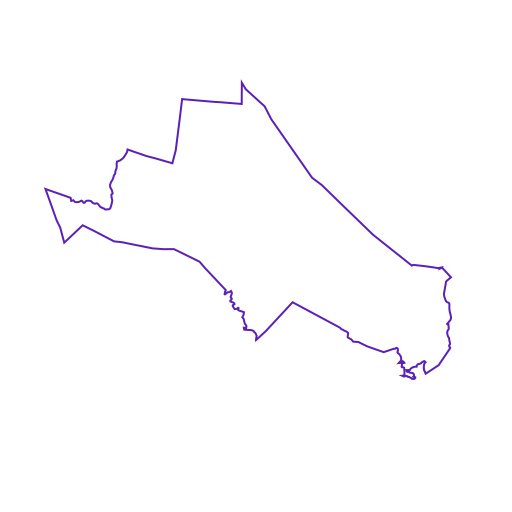 the district of San Ildefonso Amatlán, Oaxaca, Mexico, rotated 158°
{"feature_id": "50627088B2691831673313", "entity_name": "San Ildefonso Amatlán", "entity_type": "district", "adm_level": 2, "iso_a3": "MEX", "parent_name": "Mexico", "parent_adm1": "Oaxaca", "projection": "orthographic", "projection_center": [-96.462, 16.295], "detail": "fine", "context": "isolated", "style": "outline", "palette": "violet", "viewbox_px": 512, "rotation_deg": 158, "n_neighbors": 0, "source": "geoboundaries", "source_scale": "gbopen_adm2", "svg_char_len": 4845}
<svg xmlns="http://www.w3.org/2000/svg" viewBox="0 0 512 512"><g transform="rotate(158 256 256)"><path d="M287.5,178.0L275.0,182.7L239.4,199.4L205.0,158.1L204.2,156.0L203.2,155.3L202.2,153.8L201.1,152.8L200.2,151.7L199.4,150.2L199.9,149.0L200.9,147.5L201.4,146.5L201.4,146.1L200.1,144.4L199.0,143.1L198.3,141.3L198.0,140.2L193.3,137.9L186.7,130.5L173.6,119.0L163.0,118.4L161.7,117.9L160.7,118.2L159.8,118.0L159.4,117.3L159.3,116.7L159.6,115.9L159.9,115.0L160.3,114.7L160.9,113.9L160.8,112.7L160.1,111.7L159.8,110.7L159.5,109.5L159.4,108.4L159.7,106.8L160.1,105.7L160.9,104.8L161.7,104.2L162.4,103.9L163.7,103.3L162.3,102.9L161.4,102.7L160.4,102.9L159.4,103.5L158.8,102.4L158.5,101.4L160.5,101.6L161.3,101.3L161.5,100.2L162.5,98.8L162.2,98.1L161.1,97.6L160.5,96.9L160.9,95.7L161.5,93.6L162.4,91.4L163.2,90.1L163.9,89.8L165.3,90.2L164.1,88.9L163.7,88.7L163.1,88.7L162.8,89.0L162.6,89.0L162.2,89.0L162.0,88.8L161.6,88.5L161.2,88.2L161.0,87.9L160.9,87.9L160.6,87.7L160.7,87.3L160.5,87.1L160.1,86.8L159.5,86.6L159.2,86.4L159.0,86.0L158.6,85.5L158.0,84.9L157.6,84.0L157.3,83.6L156.7,83.3L155.7,82.9L155.1,82.8L154.0,83.3L153.8,83.7L154.1,83.9L154.1,84.4L154.5,84.9L155.2,85.0L155.4,85.2L154.8,85.5L154.4,85.8L154.1,86.3L154.1,86.9L154.0,87.6L154.2,88.2L154.8,88.9L156.5,89.9L157.1,90.2L157.4,90.7L157.6,90.9L157.9,91.2L158.3,91.5L158.8,91.7L159.0,91.9L159.2,92.0L159.3,92.3L159.4,92.8L159.4,93.2L159.3,93.5L159.2,93.7L159.2,93.8L158.9,93.7L158.7,93.7L158.3,93.5L157.2,93.1L157.0,92.9L156.8,92.9L156.6,92.8L156.5,92.7L156.3,92.5L156.2,92.5L155.4,93.3L154.4,93.7L153.2,94.0L151.4,94.0L150.9,94.0L150.1,93.7L149.5,93.7L149.1,93.6L148.6,93.2L148.2,93.7L147.8,94.2L147.1,94.7L146.6,95.0L146.2,95.0L145.8,94.9L145.6,94.9L144.6,94.7L143.3,94.7L143.1,94.7L142.9,95.0L142.6,95.2L141.2,95.4L140.4,95.6L139.9,95.6L139.4,95.5L139.0,95.2L138.9,94.7L138.6,94.0L138.8,93.9L139.0,93.8L139.8,93.5L140.2,93.2L140.4,93.0L140.8,92.3L141.3,91.5L141.9,90.4L142.2,89.7L142.3,89.1L142.6,88.7L142.7,87.8L142.9,87.2L143.0,86.6L142.7,85.9L142.6,85.5L142.8,85.0L142.8,83.3L127.8,86.3L127.5,86.4L110.8,97.6L110.4,97.9L110.3,98.1L110.3,98.4L110.4,98.8L110.7,99.3L110.7,99.6L110.6,100.3L110.4,100.8L109.3,101.4L109.0,102.0L108.8,102.5L108.6,103.6L108.4,105.2L108.2,106.1L107.7,107.5L107.7,107.9L108.0,108.7L108.1,109.3L108.1,109.8L107.9,111.5L107.3,113.6L106.7,114.5L106.2,115.1L105.8,115.4L105.2,115.6L104.7,116.1L104.2,117.3L103.2,120.7L104.0,120.9L104.2,121.2L104.3,121.4L104.2,121.6L103.4,121.8L103.2,121.9L101.5,122.9L99.6,123.9L99.0,124.6L98.4,125.3L97.8,127.3L97.6,128.7L97.5,129.7L97.1,132.4L96.5,134.5L95.9,136.2L95.3,137.4L94.9,138.5L94.6,139.5L94.7,140.1L95.0,140.6L96.0,141.5L96.5,142.4L96.8,143.3L96.7,145.2L96.7,147.0L96.5,148.5L96.1,150.0L95.5,151.2L93.6,154.2L91.6,157.4L89.8,160.4L89.5,160.9L89.0,161.2L88.5,161.5L83.2,163.2L87.5,174.6L87.8,175.4L89.3,175.4L88.4,175.9L91.0,176.4L91.9,176.6L95.6,178.9L95.9,179.1L97.4,179.9L98.3,180.5L98.5,180.6L103.4,183.4L113.6,188.9L115.1,188.7L139.5,231.8L156.7,270.5L168.3,296.9L174.7,307.6L190.6,377.1L191.9,391.5L203.0,414.4L203.6,418.3L204.2,422.0L212.3,402.3L228.2,410.3L231.8,412.1L234.3,413.3L235.7,413.9L264.3,428.4L265.7,429.2L275.2,412.0L290.8,384.1L298.8,373.3L304.4,377.7L311.8,383.5L320.1,389.7L330.0,398.3L335.2,402.9L336.6,400.7L339.6,398.4L342.5,396.5L346.2,395.5L349.5,395.6L350.9,393.3L351.4,391.5L352.4,389.6L353.6,388.4L354.8,386.9L355.7,385.1L357.5,384.0L359.1,381.8L360.8,380.2L362.7,378.8L364.6,376.8L365.4,374.5L365.0,371.1L365.2,369.3L365.5,367.7L367.1,367.1L367.9,364.7L368.4,361.5L369.6,359.4L371.6,356.8L373.3,354.8L375.0,354.4L376.8,355.1L378.0,355.4L378.8,356.1L379.2,357.1L380.1,357.7L380.9,358.7L382.0,359.9L382.1,360.4L382.2,360.7L383.0,363.4L383.4,364.0L384.1,364.6L384.9,364.7L385.6,364.7L386.1,365.1L387.3,366.1L387.9,367.1L388.1,368.3L389.6,369.6L390.7,370.1L391.1,370.3L392.7,370.7L393.7,370.4L394.3,370.0L394.9,369.6L396.0,370.0L396.4,371.2L396.5,372.1L397.2,372.8L398.5,372.6L399.2,372.5L399.6,372.5L400.2,372.5L402.2,373.1L402.6,373.3L403.3,373.7L403.8,374.3L404.1,375.1L404.4,376.1L406.7,376.3L406.1,379.4L426.1,397.0L426.8,379.3L427.5,363.7L426.9,355.6L428.8,340.2L405.2,349.4L397.1,340.3L382.2,322.8L375.3,319.1L349.2,301.9L339.0,296.9L329.5,293.1L310.5,271.9L307.7,263.7L296.8,235.7L298.3,234.2L299.4,232.3L299.1,232.0L296.0,233.0L294.2,232.5L292.3,232.9L292.1,231.1L292.9,229.7L294.7,227.8L294.9,226.8L294.4,225.7L294.9,224.9L296.6,224.2L296.8,223.5L294.7,221.5L293.8,220.2L294.1,219.3L295.9,219.1L296.4,218.4L295.9,215.8L295.6,214.7L293.7,214.2L292.0,214.7L291.7,214.5L291.7,214.2L292.4,213.4L292.7,212.4L292.5,212.1L288.2,208.4L289.5,206.2L291.6,204.4L291.0,202.2L291.8,197.2L291.3,196.5L291.1,194.5L292.1,193.0L294.1,194.1L294.5,192.1L287.7,188.8L286.3,187.4L286.4,186.7L285.4,184.8L285.3,181.7L287.4,178.4L287.5,178.0Z" fill="none" stroke="#5b21b6" stroke-width="2"/></g></svg>